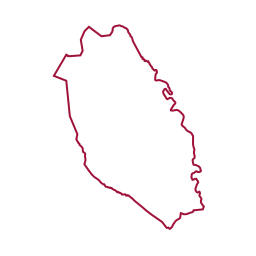 outline of La Union, Copán, Honduras, rotated 353°
{"feature_id": "27666195B95326987561994", "entity_name": "La Union", "entity_type": "district", "adm_level": 2, "iso_a3": "HND", "parent_name": "Honduras", "parent_adm1": "Copán", "projection": "robinson", "projection_center": [-88.924, 14.696], "detail": "fine", "context": "isolated", "style": "outline", "palette": "rose", "viewbox_px": 256, "rotation_deg": 353, "n_neighbors": 0, "source": "geoboundaries", "source_scale": "gbopen_adm2", "svg_char_len": 5784}
<svg xmlns="http://www.w3.org/2000/svg" viewBox="0 0 256 256"><g transform="rotate(353 128 128)"><path d="M71.7,109.1L77.0,128.0L75.3,133.0L75.6,133.5L75.8,133.9L76.1,135.1L76.2,135.3L76.6,135.6L76.8,135.9L76.9,136.2L76.9,136.7L77.0,137.0L77.6,137.5L77.8,137.7L77.9,138.1L77.8,138.6L77.9,138.9L78.1,139.2L78.7,139.7L80.1,141.7L80.4,142.3L80.5,142.7L80.4,145.8L80.5,146.2L80.6,146.3L81.2,146.8L82.0,147.5L82.1,147.8L82.3,148.3L82.3,148.7L82.3,149.1L82.0,150.2L81.9,150.9L82.0,152.8L81.9,154.7L80.3,158.7L84.3,166.2L85.0,167.2L86.0,169.1L88.3,172.2L88.7,172.6L91.7,175.2L92.4,175.9L93.5,177.3L94.4,178.8L95.2,179.7L96.1,180.4L96.7,180.9L97.0,181.0L97.4,180.9L97.6,181.1L97.8,181.4L97.9,182.1L98.8,183.6L99.5,183.7L100.4,184.0L100.6,184.2L100.9,184.5L101.1,184.6L102.8,184.9L102.9,185.0L102.9,185.3L104.4,185.5L104.5,185.6L104.6,186.0L105.0,186.5L108.6,189.0L109.0,189.6L109.2,190.1L109.4,190.4L109.6,190.5L109.8,190.5L109.9,190.4L110.0,190.2L110.4,190.2L110.6,190.3L110.8,190.5L111.2,191.0L111.7,191.4L111.9,191.5L112.2,191.4L112.3,191.4L113.3,192.3L113.7,192.5L113.8,192.7L113.8,193.1L114.0,193.3L114.3,193.4L115.5,193.4L117.2,193.6L117.4,193.7L117.5,194.2L117.8,194.7L118.1,194.5L118.5,194.6L118.9,194.5L119.1,194.6L119.3,194.9L119.3,195.1L119.9,195.2L120.2,195.0L120.4,195.0L121.3,196.2L122.0,196.7L122.5,197.5L122.8,197.7L123.2,197.9L125.7,201.1L133.2,209.0L135.7,211.8L141.4,217.4L150.4,225.4L154.1,231.7L154.9,231.9L156.0,231.8L156.2,232.0L156.8,233.0L157.0,233.2L157.3,233.2L157.6,233.1L158.9,232.0L159.5,231.6L159.9,231.3L160.2,230.8L160.5,230.1L161.1,229.2L162.2,228.1L162.8,227.2L164.3,225.9L165.1,225.3L167.5,224.4L168.2,224.0L168.5,223.7L168.8,223.3L169.2,222.3L169.8,219.7L169.9,219.2L170.0,219.0L170.4,219.1L171.2,219.4L172.3,220.1L172.9,220.4L173.5,220.5L175.7,220.6L179.5,219.7L180.4,219.5L181.1,219.5L181.6,219.4L182.1,219.1L182.5,218.8L183.0,217.7L183.4,217.6L183.8,217.8L184.1,217.7L192.2,217.9L192.5,217.6L193.1,216.2L193.6,215.4L193.7,215.0L193.6,214.9L193.2,214.4L192.4,213.2L191.6,211.4L191.3,210.7L191.4,209.9L191.5,209.1L191.6,208.7L192.0,208.2L192.1,207.8L192.2,207.5L192.1,206.9L191.8,206.1L191.5,205.6L190.9,204.5L190.6,204.0L190.7,203.4L191.2,202.3L191.5,201.5L191.5,201.2L191.4,200.5L191.2,200.1L191.0,199.9L190.9,200.0L190.6,200.2L189.5,200.4L188.9,200.4L188.6,200.2L188.3,199.9L188.0,199.2L187.6,198.5L187.5,198.2L187.5,197.7L187.5,196.7L187.8,195.9L189.6,192.4L191.1,190.4L191.1,190.2L190.8,189.2L190.4,188.7L189.8,187.2L189.6,186.8L189.3,186.7L188.2,186.7L187.2,187.0L186.1,187.3L185.7,187.3L185.6,187.1L185.5,186.6L185.1,185.4L184.9,184.7L185.6,181.9L185.9,181.4L186.3,181.1L186.9,180.8L187.8,180.7L189.4,179.8L190.2,179.3L190.4,179.2L190.7,179.3L191.9,180.2L192.6,180.4L193.6,180.3L194.6,180.0L195.0,179.7L195.2,179.4L195.1,179.1L194.9,178.4L194.8,176.7L194.5,176.0L193.9,175.2L193.0,174.3L191.2,173.3L190.4,172.9L189.0,172.6L188.7,172.5L188.6,172.3L188.5,172.0L188.3,170.4L188.2,168.4L188.2,167.8L188.3,167.5L188.6,167.1L190.3,165.8L190.5,165.4L190.7,164.7L190.7,163.7L190.4,160.9L190.6,159.8L191.1,158.2L191.2,157.2L191.1,156.5L190.8,154.9L190.6,153.1L190.6,152.5L190.7,151.1L191.0,148.5L191.5,145.0L191.6,144.3L191.5,143.7L191.1,142.7L190.7,141.8L190.2,141.0L189.8,140.4L189.4,140.0L189.0,139.6L188.1,139.2L187.6,138.9L186.9,138.3L186.3,137.8L185.8,137.1L185.3,136.4L185.1,136.0L184.8,135.3L184.6,134.9L183.5,133.7L182.4,132.5L182.0,132.0L181.8,131.6L181.7,131.0L182.0,130.2L184.0,125.9L184.5,124.6L184.7,123.5L184.6,122.5L184.4,121.9L183.9,121.1L182.8,119.6L181.3,117.8L180.3,116.9L179.6,116.4L178.8,116.1L177.9,116.0L176.1,116.1L174.7,116.2L173.9,116.1L173.1,115.9L172.8,115.8L172.7,115.6L172.7,115.2L173.0,114.7L176.0,111.0L176.2,110.7L177.1,110.1L177.8,109.4L178.1,108.8L178.1,108.5L178.0,108.2L177.7,107.6L176.8,106.7L175.3,103.9L175.1,103.7L174.2,103.4L173.3,103.2L172.9,103.3L171.8,103.8L170.9,104.1L170.5,104.1L170.2,104.0L169.9,103.6L169.3,102.1L168.0,99.6L167.4,98.0L167.2,96.8L167.2,96.4L167.5,95.9L168.0,95.0L168.6,94.4L168.9,94.0L169.3,93.8L169.6,93.7L170.0,93.8L170.3,93.9L170.5,94.2L171.1,95.6L172.3,97.5L172.9,98.5L173.5,99.4L174.2,99.8L174.6,99.9L175.3,99.8L175.7,99.5L175.9,99.2L176.0,98.8L176.0,98.4L175.9,98.1L175.5,97.3L174.6,96.5L174.2,95.8L174.0,95.1L174.0,93.6L173.7,93.0L173.5,92.8L173.2,92.6L173.1,92.4L173.0,91.8L173.0,90.5L172.9,90.1L172.7,89.6L172.0,88.4L171.6,87.8L171.2,87.5L169.8,86.6L167.5,85.4L165.8,84.6L164.9,84.3L164.3,84.2L163.7,84.2L162.3,84.3L161.9,84.3L161.4,84.1L161.2,84.0L161.0,83.8L160.9,83.3L160.9,82.7L161.9,78.4L162.0,78.1L162.5,77.5L163.5,76.6L163.5,75.5L163.4,74.6L163.3,74.2L163.2,74.0L163.0,73.9L162.6,73.8L162.4,73.8L161.7,74.2L161.3,74.2L161.0,73.9L160.6,73.2L159.6,72.1L159.3,71.3L159.3,70.9L159.3,70.7L158.9,70.1L158.3,69.3L157.5,67.5L157.2,67.2L157.0,66.0L156.5,65.4L156.4,64.9L156.2,64.4L155.9,64.6L155.6,64.6L155.4,64.4L155.1,64.0L154.1,63.5L153.7,63.5L153.1,63.7L152.8,63.6L152.6,63.5L152.5,63.4L152.7,62.5L152.7,62.2L152.3,61.8L151.9,61.6L151.1,61.4L150.9,61.3L150.9,61.0L151.2,60.3L151.1,59.8L151.0,59.6L150.8,59.5L150.0,59.3L143.5,42.6L143.4,41.7L143.0,39.1L142.9,38.6L142.7,38.3L141.9,37.4L141.6,37.1L141.6,36.9L141.7,36.4L141.6,35.8L141.5,35.6L141.2,35.4L141.1,34.8L140.4,33.7L140.0,33.1L139.9,32.0L139.8,31.1L139.7,30.7L139.0,29.5L138.6,29.1L137.8,28.5L136.2,27.6L135.2,26.6L134.8,26.4L133.8,26.1L132.9,25.5L132.4,25.2L132.0,25.1L131.5,25.1L131.2,25.1L130.5,25.3L129.4,25.2L127.9,25.4L127.2,25.5L126.5,25.8L125.9,26.3L125.4,26.7L125.1,27.1L124.9,27.5L124.8,28.0L124.8,28.7L124.7,29.1L124.1,30.5L123.7,31.0L123.1,31.8L122.2,32.8L121.3,33.7L112.8,33.7L101.5,22.8L96.6,26.7L91.9,34.7L92.4,45.8L89.6,50.1L78.3,49.6L78.1,49.3L77.9,49.2L77.6,49.2L77.2,49.3L76.9,49.3L76.7,49.0L76.6,48.3L75.7,47.7L60.8,67.2L72.5,73.6L71.7,109.1Z" fill="none" stroke="#9f1239" stroke-width="2"/></g></svg>